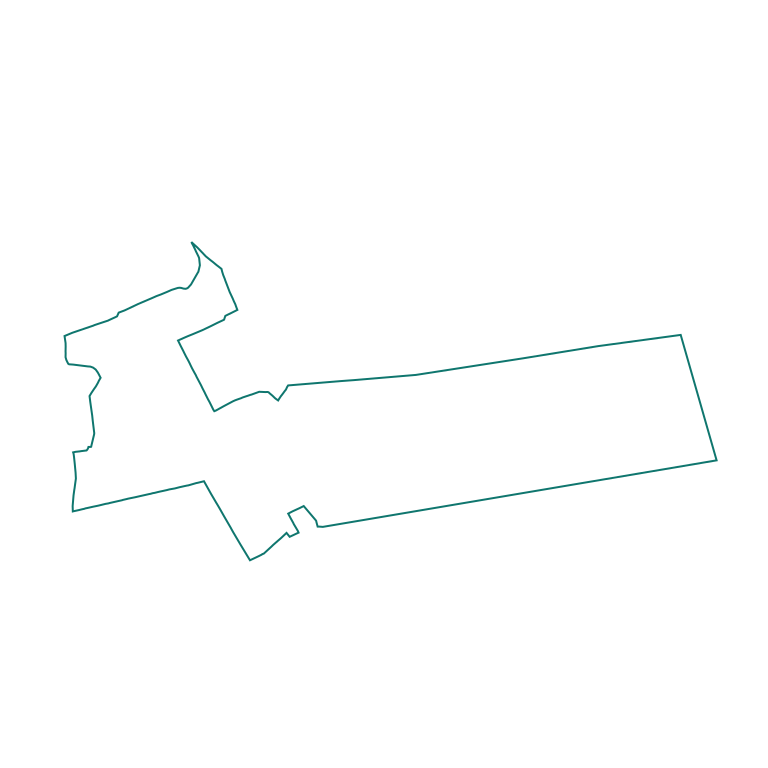 the district of As Safiyah, Amanat Al Asimah, Yemen, rotated 354°
{"feature_id": "15242507B54206098311522", "entity_name": "As Safiyah", "entity_type": "district", "adm_level": 2, "iso_a3": "YEM", "parent_name": "Yemen", "parent_adm1": "Amanat Al Asimah", "projection": "orthographic", "projection_center": [44.221, 15.343], "detail": "fine", "context": "isolated", "style": "outline", "palette": "teal", "viewbox_px": 768, "rotation_deg": 354, "n_neighbors": 0, "source": "geoboundaries", "source_scale": "gbopen_adm2", "svg_char_len": 3291}
<svg xmlns="http://www.w3.org/2000/svg" viewBox="0 0 768 768"><g transform="rotate(354 384 384)"><path d="M71.3,302.9L71.6,310.0L71.3,313.6L70.7,318.4L70.6,320.1L70.1,324.1L70.6,326.9L71.3,328.9L72.1,330.9L72.9,331.5L76.9,332.2L91.5,335.6L92.7,335.8L93.8,336.0L96.4,337.3L98.8,339.5L100.6,342.7L101.4,344.6L102.8,348.2L100.7,351.1L99.7,352.8L97.2,356.3L94.9,358.9L92.0,362.4L89.9,365.2L90.0,371.2L90.4,382.2L90.5,384.8L90.5,390.3L90.7,402.6L90.4,403.9L86.6,414.6L86.2,415.8L85.2,415.9L84.4,415.8L83.5,415.7L83.0,416.9L82.2,418.1L81.2,419.0L75.8,419.1L74.3,419.2L70.1,419.2L67.7,419.5L68.0,420.9L68.1,424.1L68.1,425.1L68.1,426.5L68.1,431.0L68.0,440.0L67.7,445.8L66.1,452.3L65.3,455.6L65.0,456.6L63.6,462.3L61.6,472.8L61.2,478.2L61.9,478.1L67.3,477.5L70.9,477.0L72.9,476.8L74.0,476.5L76.1,476.3L82.1,475.6L85.3,475.3L87.3,475.1L94.6,474.1L96.4,474.0L97.7,473.9L98.6,473.7L106.1,472.8L111.4,472.2L112.1,472.0L116.2,471.5L117.4,471.3L124.7,470.6L129.7,470.0L139.1,468.9L140.4,468.8L142.6,468.4L144.5,468.3L148.0,467.8L150.5,467.5L152.5,467.3L156.9,466.8L159.5,466.4L165.1,466.0L169.7,465.3L174.9,464.7L177.7,464.4L178.6,464.4L187.0,462.9L188.3,462.8L194.8,461.9L200.5,475.2L204.9,484.9L205.3,485.7L206.9,489.2L208.1,491.9L211.1,498.8L216.7,511.3L217.0,512.1L218.5,515.6L224.4,528.5L232.3,545.3L241.4,542.1L244.6,540.9L245.3,540.4L246.6,540.2L253.5,535.1L255.0,534.0L256.9,532.5L262.0,528.9L265.6,526.4L271.5,521.9L274.2,526.1L278.3,524.7L279.7,524.2L281.7,523.5L283.5,522.9L283.0,521.2L280.1,514.9L279.7,514.1L279.2,512.6L277.2,507.9L275.2,502.9L279.7,501.1L285.3,499.2L286.8,498.7L291.4,497.0L301.7,512.1L302.2,512.9L302.3,513.6L302.4,514.5L303.1,518.9L305.0,519.1L308.2,519.7L706.8,494.7L684.2,366.2L601.2,368.7L524.9,373.0L416.7,378.3L354.9,377.0L341.9,376.6L288.5,375.4L287.3,376.9L285.9,379.3L284.5,380.7L282.7,382.7L281.1,384.4L280.1,385.4L278.3,387.6L277.0,389.3L274.3,386.9L271.8,383.9L269.1,381.1L268.4,380.2L267.5,379.8L265.0,379.6L259.1,378.7L251.0,380.7L250.1,380.8L247.2,381.5L246.1,381.7L241.7,382.7L240.7,383.1L236.0,384.2L234.1,384.7L232.0,385.4L224.8,388.3L222.1,389.4L214.1,392.8L212.4,393.3L211.6,391.8L210.1,387.7L208.6,383.7L208.1,382.5L207.4,380.9L205.3,375.3L204.9,374.1L203.0,369.2L201.9,366.1L198.2,356.9L197.9,355.8L196.6,352.8L194.7,348.2L193.5,344.9L193.1,343.7L192.4,341.8L191.7,340.0L190.0,336.0L188.3,331.5L188.0,330.6L185.6,324.4L183.7,319.2L190.8,316.9L194.0,315.9L198.9,314.5L208.9,311.5L217.4,308.5L224.6,305.8L230.4,303.8L231.7,303.3L232.7,301.0L233.4,299.6L239.8,297.3L241.1,296.8L245.9,295.0L244.8,290.7L244.5,289.3L243.3,285.9L242.5,283.2L240.7,278.0L240.2,276.6L237.2,265.3L237.0,264.6L236.7,263.1L235.5,258.9L234.8,255.4L234.4,252.5L231.4,249.6L230.0,248.3L226.3,244.5L224.6,242.9L220.1,238.4L214.2,230.7L213.3,229.6L212.7,228.8L210.0,225.8L207.3,222.7L207.7,224.0L208.6,226.0L209.6,228.8L210.3,230.7L210.8,232.3L212.9,238.0L213.3,239.5L213.3,246.7L211.1,253.0L210.6,253.6L202.5,264.8L199.3,267.7L198.4,268.2L196.8,268.6L194.7,268.2L192.2,267.2L190.8,266.9L190.1,266.9L189.0,266.9L182.6,268.2L178.3,269.6L173.6,271.0L171.6,271.6L166.9,272.8L162.9,274.1L148.0,278.7L133.7,283.7L127.6,285.3L125.6,288.8L124.0,289.4L116.9,291.8L116.2,292.1L107.9,293.9L102.0,295.2L101.3,295.5L79.3,300.5L71.3,302.9Z" fill="none" stroke="#0f766e" stroke-width="2"/></g></svg>